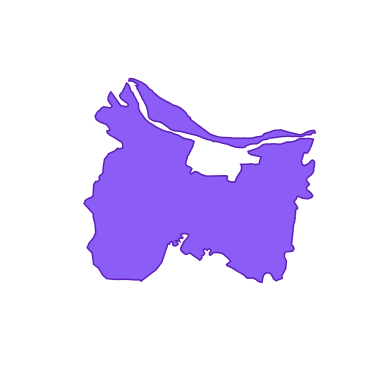 Markz Al Minya, Al Minya, Egypt, rotated 304°
{"feature_id": "37247803B71676379887746", "entity_name": "Markz Al Minya", "entity_type": "district", "adm_level": 2, "iso_a3": "EGY", "parent_name": "Egypt", "parent_adm1": "Al Minya", "projection": "equal_earth", "projection_center": [30.728, 28.101], "detail": "fine", "context": "isolated", "style": "filled", "palette": "violet", "viewbox_px": 384, "rotation_deg": 304, "n_neighbors": 0, "source": "geoboundaries", "source_scale": "gbopen_adm2", "svg_char_len": 6086}
<svg xmlns="http://www.w3.org/2000/svg" viewBox="0 0 384 384"><g transform="rotate(304 192 192)"><path d="M235.1,165.4L234.7,162.1L232.4,156.4L231.8,154.1L231.5,149.4L230.3,145.1L229.4,140.6L228.1,137.6L227.1,134.4L226.3,129.3L225.8,125.5L225.8,120.9L225.6,117.0L226.2,112.7L227.7,108.6L229.4,104.2L231.2,101.1L233.9,99.2L235.5,97.8L236.5,95.5L237.5,94.1L238.6,91.6L240.0,89.1L241.3,87.2L241.3,85.7L242.0,83.9L243.7,82.1L244.9,80.3L245.6,78.8L245.7,76.8L241.2,77.7L238.9,77.8L236.8,78.3L233.1,77.9L231.5,78.0L230.7,79.0L229.9,80.5L229.5,82.9L229.5,84.8L229.2,86.3L229.6,88.7L229.2,89.7L227.6,90.8L226.0,89.8L224.7,86.9L223.8,84.5L229.6,68.8L226.0,68.9L224.3,69.4L223.9,69.4L221.5,70.9L221.1,71.4L220.3,72.9L218.7,77.4L217.5,77.9L215.9,77.0L213.3,71.2L210.4,69.8L207.9,69.9L206.3,68.9L200.9,69.1L198.5,72.1L198.6,76.5L200.0,83.2L199.6,85.2L198.4,88.2L197.2,89.2L196.0,88.2L195.1,87.3L193.9,88.3L193.2,91.7L193.6,95.6L193.8,102.9L194.0,105.4L193.1,107.3L192.2,108.3L189.8,109.8L187.3,108.0L186.5,105.6L185.2,105.6L183.2,105.2L181.5,104.2L180.2,103.3L176.9,101.4L173.6,101.5L170.4,101.1L163.4,104.3L158.2,107.3L156.1,107.4L154.5,106.5L152.4,106.5L150.8,108.5L148.3,108.1L146.7,106.2L143.4,106.3L139.7,108.4L135.7,110.9L133.2,112.0L131.2,111.5L128.7,109.7L125.4,108.3L124.5,108.3L122.9,108.9L122.1,108.9L118.7,122.4L116.3,123.9L110.9,129.8L104.3,135.0L98.8,135.9L92.1,135.3L87.2,136.2L85.5,143.4L77.1,150.8L76.6,157.3L73.1,164.6L72.5,169.7L76.3,176.8L83.2,186.8L86.9,193.2L90.1,198.2L89.5,199.6L103.6,204.3L107.3,205.7L117.0,206.2L135.4,201.1L136.2,202.5L137.9,202.0L139.5,202.9L139.6,204.4L137.5,205.4L137.2,206.9L138.4,208.8L140.9,209.7L141.7,208.7L142.5,205.8L143.7,207.2L144.2,209.6L145.0,208.1L146.2,207.1L147.4,208.6L148.3,210.0L149.1,210.0L149.9,206.5L151.1,207.0L151.9,207.4L153.7,209.5L154.5,212.2L154.1,213.7L152.1,213.8L149.6,213.4L147.9,213.4L145.9,213.0L143.0,213.6L141.4,213.6L138.9,214.2L137.3,215.7L136.6,219.6L136.6,221.5L139.5,223.9L140.4,225.3L140.0,227.8L140.1,233.6L139.8,236.6L141.4,237.0L143.1,237.0L144.7,235.9L146.4,236.9L148.4,236.8L149.2,234.8L150.4,233.8L151.2,233.8L152.1,235.2L152.1,237.2L152.9,237.2L154.2,237.6L154.6,238.6L154.6,239.5L153.8,240.5L150.9,240.6L149.7,241.6L149.8,242.6L151.0,243.1L153.5,243.5L155.1,245.4L156.8,248.3L158.1,252.1L157.1,260.0L155.9,262.9L155.5,262.9L153.8,262.0L151.3,261.1L150.5,262.1L151.5,267.4L151.6,273.8L152.1,278.1L152.2,281.6L151.4,285.5L152.3,287.4L154.0,289.3L154.8,291.2L155.3,293.7L154.9,296.1L155.4,299.0L156.2,300.5L159.1,299.4L159.9,298.8L163.3,297.9L163.7,297.9L166.5,298.8L166.9,299.6L168.0,300.9L168.2,302.6L167.4,305.0L166.4,306.9L165.5,308.1L165.5,311.5L167.9,312.9L170.9,315.2L172.8,313.2L177.8,312.9L181.5,312.4L182.6,311.5L187.3,309.1L187.9,308.3L189.9,304.9L192.0,303.3L194.5,303.2L195.9,304.5L198.3,307.6L199.4,308.5L201.9,308.4L203.5,306.4L203.9,304.0L220.2,295.3L221.3,294.7L225.0,293.6L226.6,292.6L228.2,292.1L229.8,290.6L231.9,290.0L234.7,288.0L236.2,288.4L237.2,288.9L238.4,287.9L240.7,282.4L242.0,282.0L244.8,282.3L246.1,281.8L247.3,281.8L248.1,283.7L248.6,287.1L251.2,291.9L254.5,294.3L256.5,294.2L257.7,291.2L258.1,288.8L258.0,285.9L259.2,284.9L261.3,284.3L262.1,284.8L263.3,285.2L264.2,284.7L264.9,282.7L265.3,281.3L266.1,279.8L268.2,279.7L270.2,280.2L272.3,281.1L275.6,281.5L278.0,280.9L279.2,279.9L282.1,278.9L284.5,277.3L285.7,276.3L286.1,274.8L285.7,273.9L284.9,273.4L282.4,273.0L281.2,273.0L278.7,271.6L276.6,270.2L276.6,268.8L276.9,267.3L279.0,265.3L281.4,264.7L284.3,263.7L287.5,263.1L288.0,264.1L288.0,264.6L288.4,265.5L289.5,265.9L292.1,265.9L298.2,264.8L303.7,263.1L301.9,259.2L296.7,251.9L294.3,250.0L293.9,250.4L291.0,248.0L289.9,247.4L289.2,246.3L287.9,244.8L286.8,243.2L285.2,241.7L283.4,240.5L281.4,238.9L279.4,236.1L278.0,233.3L274.9,229.3L273.3,226.7L271.6,224.9L270.0,223.8L267.0,223.0L263.7,221.0L259.9,218.1L257.0,215.7L255.8,217.3L256.2,220.7L259.8,229.6L257.2,230.4L256.4,230.4L255.2,230.9L254.4,231.5L253.6,231.5L252.8,232.0L250.7,229.6L250.4,229.6L249.0,226.7L248.5,225.3L246.0,222.4L242.2,216.9L241.7,217.9L239.8,219.7L236.9,220.7L236.1,221.2L234.5,220.8L228.7,221.0L227.1,221.5L224.2,222.1L223.8,221.1L221.7,217.7L221.6,214.3L222.4,213.3L224.1,213.3L224.9,212.3L224.0,210.4L213.5,195.5L212.6,193.1L211.7,189.7L211.6,185.4L210.3,182.5L206.6,181.6L206.6,179.4L207.0,179.2L208.2,179.6L209.9,179.1L211.1,179.0L211.5,177.6L211.4,175.6L211.0,173.7L211.0,172.2L212.2,170.7L215.0,169.7L217.1,169.1L219.1,168.1L221.1,168.5L222.4,168.0L225.2,167.9L226.9,167.4L229.8,167.3L235.1,165.4ZM311.5,259.3L310.2,257.2L308.8,255.8L305.4,253.2L303.9,252.6L302.0,251.4L300.3,250.2L298.7,247.2L297.8,244.3L296.1,240.0L293.1,230.8L291.4,228.9L289.3,226.0L286.1,223.5L285.1,223.1L283.8,221.7L280.7,219.3L277.4,218.8L274.2,215.2L270.4,211.7L267.6,208.1L266.3,205.7L263.8,202.3L261.7,199.0L260.0,196.6L258.3,193.2L254.1,186.5L252.4,183.1L251.1,178.8L250.1,174.7L251.3,150.0L252.5,149.5L252.9,145.6L254.5,142.1L255.2,135.8L254.7,131.4L253.4,127.5L253.3,123.2L252.8,119.8L252.3,113.9L252.2,110.5L252.6,108.6L252.9,104.7L253.7,102.2L253.6,98.7L254.9,94.3L254.7,88.8L253.6,82.8L252.9,79.8L251.0,76.7L248.7,77.5L250.7,80.6L250.9,86.7L250.7,87.1L250.2,87.9L248.8,86.0L248.6,87.1L247.1,88.6L245.1,93.0L243.8,94.7L243.0,96.7L241.8,98.1L240.9,100.4L239.3,103.4L237.4,106.4L235.8,108.5L233.5,110.9L231.6,112.5L230.2,113.8L229.3,115.6L229.3,119.5L229.7,121.0L232.0,125.8L232.4,128.0L232.4,134.7L232.0,138.4L232.2,140.8L232.9,143.1L234.8,146.6L236.8,151.1L238.1,155.3L240.4,161.2L241.7,164.8L242.4,167.8L242.7,169.9L243.5,172.8L243.9,174.8L245.6,178.9L245.7,180.9L248.4,185.9L249.4,189.5L250.6,192.7L251.7,195.0L251.8,196.8L252.4,198.9L253.0,200.8L253.4,202.6L255.8,207.2L257.1,209.1L258.1,210.2L259.1,211.0L260.7,211.1L262.7,212.7L264.0,213.3L265.7,215.2L268.1,218.6L269.9,219.8L273.0,220.8L275.2,222.1L277.6,224.6L280.2,226.3L282.8,229.5L288.2,235.5L289.9,237.8L291.9,240.2L292.6,241.3L294.2,244.3L296.1,246.8L298.6,251.3L301.1,253.4L302.5,253.9L303.4,254.7L304.3,256.3L305.9,258.4L306.6,258.6L307.5,258.6L308.5,259.1L309.9,261.1L311.5,259.3Z" fill="#8b5cf6" stroke="#5b21b6" stroke-width="1.5"/></g></svg>